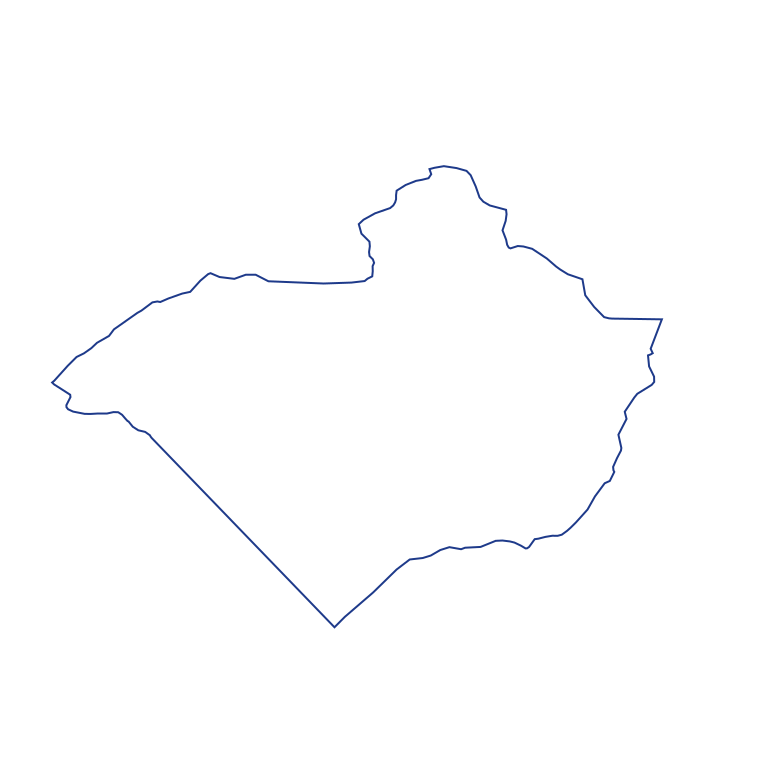 Uganda, orthographic projection, rotated 46°
{"feature_id": "UGA", "entity_name": "Uganda", "entity_type": "country or territory", "adm_level": 0, "iso_a3": "UGA", "parent_name": "Africa", "parent_adm1": "", "projection": "orthographic", "projection_center": [32.128, 1.375], "detail": "fine", "context": "isolated", "style": "outline", "palette": "blue", "viewbox_px": 768, "rotation_deg": 46, "n_neighbors": 0, "source": "natural_earth", "source_scale": "50m", "svg_char_len": 2325}
<svg xmlns="http://www.w3.org/2000/svg" viewBox="0 0 768 768"><g transform="rotate(46 384 384)"><path d="M524.6,588.6L515.2,588.6L499.9,588.6L484.6,588.6L469.3,588.6L454.0,588.6L438.7,588.6L423.4,588.6L408.1,588.6L392.8,588.6L377.5,588.6L362.2,588.6L346.9,588.6L331.6,588.6L316.3,588.6L301.0,588.6L285.7,588.6L270.4,588.6L261.4,588.6L259.6,588.4L258.3,588.0L252.5,589.1L246.6,592.9L240.2,594.4L233.4,593.8L232.6,594.2L229.1,594.1L224.2,593.8L219.7,594.8L216.3,598.1L212.8,603.8L206.5,610.3L201.6,616.0L197.5,620.1L187.9,626.8L182.7,628.8L180.1,628.5L178.6,627.2L175.6,618.6L173.7,617.2L155.2,621.6L152.4,621.7L152.6,619.0L151.2,598.8L151.0,586.4L153.5,578.6L154.9,569.7L155.0,561.8L158.4,548.4L157.1,540.3L161.5,512.1L162.7,507.5L164.4,493.9L167.2,489.7L169.6,488.0L172.7,479.7L178.8,466.3L183.1,459.4L182.1,444.3L182.8,434.1L183.8,431.8L192.8,428.0L204.4,418.6L209.4,407.5L216.3,400.4L229.8,395.8L229.9,395.7L269.8,357.6L288.4,337.0L296.5,326.4L296.8,322.7L298.4,317.7L295.1,313.8L291.3,310.3L290.0,307.0L286.6,305.4L281.9,305.5L278.7,303.1L275.1,298.5L271.5,295.6L260.2,295.8L251.5,291.1L251.6,284.6L255.0,271.9L261.7,257.4L262.0,253.3L261.1,249.9L259.5,247.0L256.5,244.1L253.7,240.6L255.9,230.1L260.1,219.9L263.5,214.8L266.9,209.0L265.9,204.3L261.0,202.0L263.6,197.4L268.9,189.6L279.1,181.8L288.0,176.6L294.0,176.6L305.6,180.8L316.2,185.7L321.9,185.9L329.0,183.9L343.5,175.2L347.0,177.9L351.2,183.2L355.8,192.0L365.0,195.9L369.4,198.7L372.5,199.5L374.3,198.8L377.7,191.9L381.9,188.2L389.7,183.5L406.8,179.7L419.0,178.6L424.1,177.7L432.8,175.5L446.5,168.5L460.0,177.6L474.6,179.3L488.8,179.2L493.1,176.5L495.5,174.4L510.4,159.4L530.5,139.2L543.9,167.7L548.5,169.3L547.9,171.8L546.8,174.2L555.5,181.1L566.3,184.6L570.2,188.2L570.6,192.0L567.0,208.6L567.6,213.4L571.2,230.1L577.6,233.8L583.3,250.6L594.9,257.7L596.5,259.8L599.2,267.9L602.8,276.8L605.5,278.9L607.2,279.4L610.6,288.9L608.7,294.2L611.4,310.3L615.7,324.8L616.9,342.0L617.0,349.6L616.8,354.3L615.9,360.8L613.8,364.6L610.1,368.3L606.1,374.1L602.5,380.4L600.3,383.4L602.0,392.8L601.6,395.2L600.6,396.4L595.4,397.8L588.7,400.3L584.7,402.8L578.9,407.5L574.4,412.6L568.3,427.7L558.1,439.4L556.4,443.3L546.8,450.3L542.5,458.9L539.9,469.5L536.1,477.0L528.1,487.4L526.2,503.8L526.4,536.6L524.3,573.9L524.6,588.6Z" fill="none" stroke="#1e3a8a" stroke-width="2"/></g></svg>